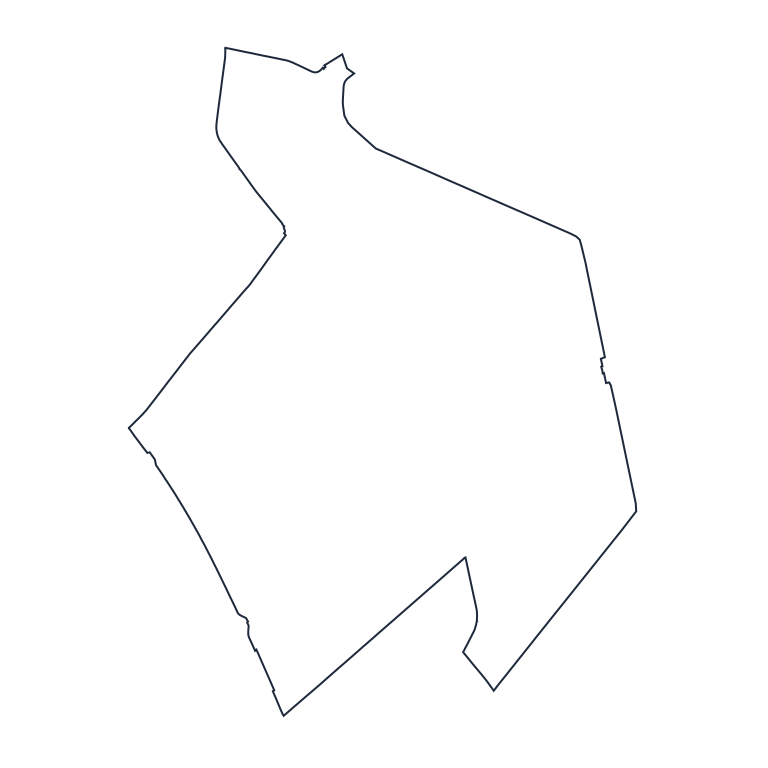 Zeewolde, Flevoland, Netherlands, rotated 271°
{"feature_id": "6326949B99557124288359", "entity_name": "Zeewolde", "entity_type": "district", "adm_level": 2, "iso_a3": "NLD", "parent_name": "Netherlands", "parent_adm1": "Flevoland", "projection": "robinson", "projection_center": [5.473, 52.346], "detail": "fine", "context": "isolated", "style": "outline", "palette": "slate", "viewbox_px": 768, "rotation_deg": 271, "n_neighbors": 0, "source": "geoboundaries", "source_scale": "gbopen_adm2", "svg_char_len": 5615}
<svg xmlns="http://www.w3.org/2000/svg" viewBox="0 0 768 768"><g transform="rotate(271 384 384)"><path d="M79.2,499.1L83.9,502.5L121.2,531.2L129.7,537.7L133.4,540.5L183.4,579.1L184.2,579.7L209.6,599.3L212.1,601.2L214.2,602.8L223.3,609.8L241.0,623.5L250.7,630.7L261.1,638.4L269.0,637.8L310.4,628.4L362.5,616.6L371.8,614.4L386.6,610.8L389.5,609.1L388.8,606.0L398.8,603.7L398.4,602.5L401.5,602.0L403.3,601.4L405.1,600.9L405.6,602.1L413.0,600.4L414.6,604.4L471.8,591.6L502.1,584.8L508.6,583.4L524.8,579.2L531.6,577.2L534.8,573.7L537.7,567.7L541.5,558.6L556.3,523.1L571.8,485.7L577.7,471.7L588.7,445.2L599.2,420.1L606.7,401.9L616.6,378.3L619.3,371.7L640.2,347.5L644.4,343.5L651.6,339.7L658.6,338.6L660.5,338.3L662.8,338.0L663.7,338.0L664.5,337.9L665.6,337.9L666.4,337.9L667.0,337.9L680.2,338.4L681.2,338.5L682.1,338.6L683.0,338.8L684.1,339.1L685.2,339.6L686.1,340.0L686.7,340.4L687.2,340.8L687.7,341.2L688.3,341.6L688.7,342.1L689.0,342.5L690.8,344.7L692.4,346.7L694.0,348.7L699.0,341.4L700.1,341.1L712.9,336.5L708.0,328.9L703.6,322.1L703.1,321.3L702.8,320.8L702.8,320.7L702.5,320.3L702.1,319.5L701.9,319.6L701.7,319.2L701.4,318.8L700.0,319.9L698.0,318.3L699.2,317.3L698.5,316.7L697.8,316.2L697.2,315.6L696.6,315.0L696.2,314.5L695.7,313.9L695.3,313.2L695.0,312.5L694.7,311.9L694.5,311.0L694.4,310.2L694.4,309.3L694.5,308.7L694.6,307.8L694.9,307.0L695.2,306.1L697.4,301.3L700.8,293.8L702.6,289.7L703.3,288.2L703.9,286.7L704.4,285.5L704.6,284.8L705.1,283.5L705.5,282.1L705.9,280.6L706.2,279.1L706.5,277.7L706.6,276.6L707.2,273.8L707.7,271.2L709.9,259.1L710.0,258.4L710.9,253.8L711.7,249.5L712.3,246.7L713.6,239.3L716.6,223.7L716.8,222.6L716.8,222.4L716.9,222.0L717.5,218.6L717.5,218.8L717.4,218.9L717.4,219.0L717.2,219.1L717.1,219.3L716.9,219.4L716.7,219.5L716.4,219.5L716.2,219.6L714.6,219.5L711.8,219.5L709.8,219.5L708.9,219.5L708.0,219.4L707.1,219.4L706.3,219.3L702.7,218.9L684.6,216.8L672.9,215.5L671.7,215.4L671.0,215.3L670.4,215.2L670.0,215.2L669.4,215.1L667.2,214.8L655.6,213.5L647.4,212.6L647.2,212.6L645.5,212.4L645.3,212.4L644.5,212.3L642.3,212.1L641.4,212.0L640.5,211.9L639.6,211.9L638.7,211.9L637.8,211.9L636.9,211.9L635.9,212.0L635.0,212.1L634.1,212.2L633.3,212.4L632.4,212.5L631.5,212.7L630.9,212.9L630.2,213.1L629.4,213.3L628.7,213.6L627.9,213.9L627.2,214.2L626.4,214.6L625.7,214.9L624.9,215.3L624.2,215.7L622.7,216.9L620.7,218.2L618.1,220.2L616.7,221.2L615.8,221.9L613.2,223.8L608.9,226.9L602.1,232.0L597.9,235.1L597.7,235.2L596.1,235.9L595.9,236.1L595.8,236.3L595.9,236.5L595.7,236.7L595.2,237.1L588.4,242.2L582.5,246.5L581.6,247.2L577.7,250.1L576.7,250.9L575.8,251.5L574.8,252.3L573.8,253.1L572.9,253.8L572.1,254.5L562.0,263.1L560.1,264.7L558.5,266.1L557.2,267.2L555.5,268.5L542.7,279.5L542.2,279.5L541.9,279.6L540.3,281.0L540.1,281.1L539.9,281.5L539.1,281.0L538.8,281.0L538.4,281.1L535.6,282.2L535.2,282.3L534.7,282.3L534.3,282.3L534.1,282.2L533.9,282.1L533.0,281.4L531.0,283.2L514.8,271.7L514.6,271.6L505.3,265.1L495.0,258.0L490.2,254.6L488.3,253.3L488.3,253.2L483.3,249.7L482.2,249.0L481.2,248.2L480.1,247.4L479.2,246.6L478.3,245.9L477.7,245.3L477.1,244.7L466.0,235.4L458.7,229.3L451.3,223.2L445.3,218.2L445.0,218.0L444.8,217.8L441.6,215.2L441.4,215.0L441.2,214.7L434.9,209.5L427.6,203.4L420.3,197.3L413.3,191.4L410.7,189.2L408.7,187.8L404.1,184.3L392.9,176.0L381.7,167.6L370.4,159.3L359.3,151.0L355.4,148.1L354.5,147.5L353.7,146.8L352.9,146.1L352.2,145.5L351.2,144.6L349.2,142.9L342.1,136.0L335.7,129.8L335.7,129.7L335.3,129.7L333.2,131.4L331.3,132.8L328.1,135.1L326.4,136.4L317.2,143.6L311.0,148.5L311.6,151.0L304.5,156.2L298.8,157.5L293.1,161.6L289.4,164.2L288.5,164.8L284.8,167.2L282.8,168.7L280.1,170.5L277.8,172.0L274.3,174.4L271.0,176.6L267.3,179.0L265.3,180.2L263.4,181.5L260.6,183.2L259.0,184.3L258.1,184.8L256.9,185.6L254.7,186.9L252.4,188.4L250.1,189.7L247.6,191.3L244.8,193.0L241.8,194.7L241.2,195.1L238.9,196.5L236.4,197.9L233.9,199.4L231.5,200.8L229.1,202.2L226.6,203.5L224.1,204.9L221.7,206.3L219.2,207.7L216.7,209.0L214.1,210.4L211.7,211.7L209.1,213.1L206.7,214.4L204.1,215.7L201.6,217.0L196.5,219.7L193.9,221.0L191.4,222.3L188.8,223.6L186.3,224.9L183.7,226.2L181.2,227.5L178.6,228.8L176.1,230.1L173.6,231.3L172.0,232.1L170.6,232.8L167.6,234.3L164.3,236.0L161.3,237.5L158.3,239.0L155.6,240.3L153.2,241.5L152.6,241.7L151.6,242.6L151.1,243.1L150.9,243.5L150.6,243.8L150.4,244.2L149.3,246.3L148.1,249.0L147.8,249.8L147.3,250.3L146.8,250.6L144.1,252.2L143.1,251.3L140.9,252.5L139.9,252.8L138.9,252.9L138.0,252.8L135.6,252.6L133.1,252.6L131.1,252.7L129.5,253.0L128.0,253.6L125.7,254.7L122.8,256.1L119.6,257.6L115.0,259.8L116.2,261.0L115.5,261.4L90.5,272.9L80.2,277.6L76.9,279.1L75.9,279.6L75.7,279.3L75.0,278.3L74.9,278.2L74.5,278.4L72.8,279.2L72.7,279.2L69.7,280.6L66.5,282.0L64.0,283.1L59.4,285.1L57.8,285.8L55.8,286.7L54.3,287.4L52.7,288.2L51.1,289.1L50.5,289.5L57.1,296.8L60.8,300.9L61.8,302.1L64.4,305.0L64.9,305.5L72.2,313.7L82.4,325.2L90.2,333.7L99.1,343.5L108.1,353.5L117.0,363.3L121.4,368.1L125.3,372.5L126.0,373.2L130.0,377.7L134.9,383.0L152.4,402.4L160.3,411.1L169.9,421.7L178.7,431.4L187.6,441.3L205.8,461.3L206.2,461.7L210.6,466.7L211.3,467.2L211.4,467.3L211.5,467.4L212.0,468.5L175.3,477.0L162.2,480.1L160.9,480.4L159.7,480.6L158.4,480.8L157.2,480.9L155.6,481.0L154.5,481.1L152.4,481.1L150.8,481.0L149.3,480.9L148.5,481.3L148.3,481.2L147.6,480.7L146.3,480.5L146.0,480.5L145.3,480.4L145.1,480.3L143.3,479.8L140.9,479.2L139.3,478.6L137.5,477.8L135.7,476.9L133.8,476.0L125.0,471.7L124.8,471.6L123.1,470.7L121.3,469.8L117.2,467.8L116.8,468.2L116.3,468.6L115.6,469.2L104.8,478.3L95.6,486.3L89.6,491.3L84.6,495.1L79.2,499.1Z" fill="none" stroke="#1e293b" stroke-width="2"/></g></svg>